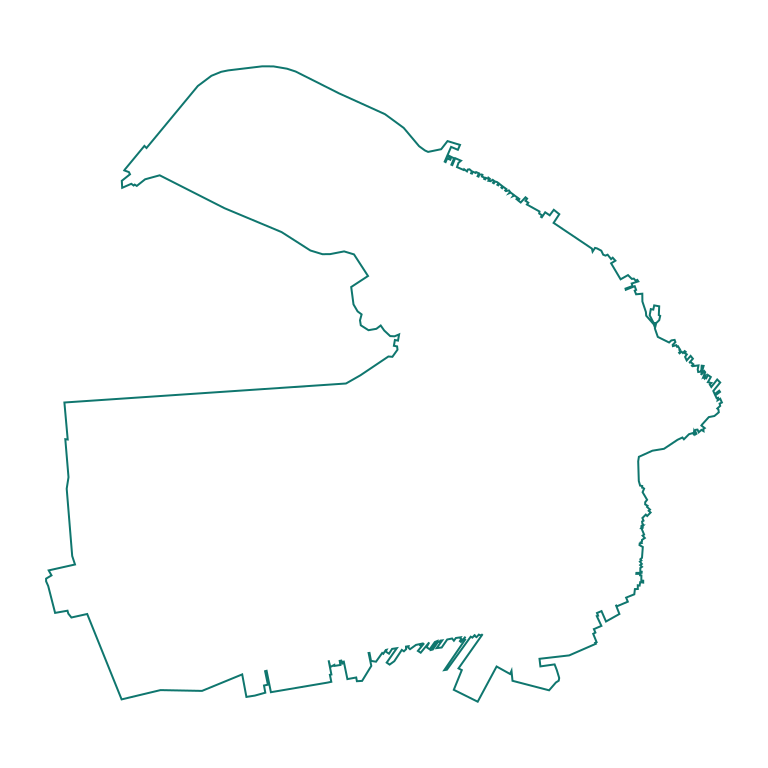 the district of Sector 6, Bucharest, Romania
{"feature_id": "2599482B66456356420035", "entity_name": "Sector 6", "entity_type": "district", "adm_level": 2, "iso_a3": "ROU", "parent_name": "Romania", "parent_adm1": "Bucharest", "projection": "orthographic", "projection_center": [26.035, 44.443], "detail": "fine", "context": "isolated", "style": "outline", "palette": "teal", "viewbox_px": 768, "rotation_deg": 0, "n_neighbors": 0, "source": "geoboundaries", "source_scale": "gbopen_adm2", "svg_char_len": 6101}
<svg xmlns="http://www.w3.org/2000/svg" viewBox="0 0 768 768"><path d="M121.6,699.4L160.5,690.1L202.0,690.9L242.2,674.4L246.4,696.9L254.8,695.6L265.3,692.7L264.0,685.5L267.9,684.7L265.1,671.2L266.6,670.8L270.9,692.2L327.5,682.6L331.3,681.8L329.9,674.8L331.4,674.5L328.6,660.3L330.3,667.0L334.3,664.9L334.4,665.9L340.4,665.0L339.7,660.9L341.3,660.6L342.6,664.5L342.1,662.0L343.8,661.6L347.4,679.1L356.2,677.5L356.9,681.2L362.1,680.9L371.3,665.9L368.6,653.0L369.5,652.9L371.0,660.9L376.0,661.7L382.2,653.0L383.3,653.8L385.8,650.0L386.6,649.8L385.7,651.5L389.0,653.7L392.1,648.9L396.8,648.2L386.7,662.6L389.6,664.6L394.3,661.2L401.8,649.9L403.9,651.3L406.1,649.2L406.0,646.6L408.6,646.2L408.3,647.6L410.0,649.2L416.0,644.9L421.2,643.8L420.2,645.4L420.7,645.8L424.1,643.3L417.9,650.9L420.7,652.7L429.2,642.4L426.6,647.2L429.7,649.3L434.9,642.0L436.6,641.3L431.6,649.8L432.8,649.5L438.3,641.4L439.3,642.1L440.4,640.6L442.2,640.4L436.7,648.1L441.7,647.5L447.2,639.5L452.1,638.5L453.9,640.7L455.9,638.0L460.7,637.3L460.2,638.1L461.3,639.0L459.9,641.1L460.9,641.9L465.5,636.7L463.9,638.9L465.1,639.7L444.3,670.1L446.9,669.7L470.7,636.7L472.4,637.6L475.2,634.5L474.4,635.8L476.5,637.1L479.5,634.0L478.9,634.7L481.1,635.4L482.6,634.2L458.5,668.4L461.8,670.1L453.8,689.8L477.7,701.7L496.6,666.5L510.1,674.0L511.5,670.8L512.5,680.8L549.1,690.3L555.9,682.5L558.7,680.7L559.2,678.0L556.8,670.1L554.6,664.4L540.4,666.4L539.5,658.8L569.2,655.4L595.8,643.8L595.2,642.8L596.6,642.2L593.2,633.8L595.4,632.6L593.9,629.1L601.4,625.9L596.8,616.1L598.1,615.7L597.0,613.0L601.5,611.1L606.0,621.5L619.4,614.0L615.8,604.8L616.9,606.3L627.8,601.7L626.1,597.6L634.3,594.3L634.9,589.1L637.8,589.0L637.8,585.3L639.6,585.6L640.2,582.2L643.2,582.6L643.2,580.7L641.3,580.5L641.4,575.5L640.1,575.3L640.3,573.9L636.3,573.9L636.4,572.9L641.6,572.8L641.7,571.7L640.3,571.5L640.3,568.0L642.0,566.8L640.2,565.1L641.8,563.9L639.9,561.6L641.4,560.5L640.4,559.2L642.0,557.8L642.8,547.0L639.5,545.1L639.7,543.5L641.5,543.1L640.9,542.3L641.9,541.8L642.0,539.9L644.8,538.0L642.6,535.6L644.1,534.6L641.8,529.1L642.4,528.3L641.2,528.2L642.8,526.2L641.4,526.7L641.5,525.8L643.3,524.8L642.3,523.3L642.1,521.5L643.5,520.7L642.4,518.0L645.8,514.6L647.2,516.0L650.6,512.5L648.7,510.8L650.0,509.6L647.0,506.9L647.6,505.8L645.2,504.4L645.2,502.2L647.1,499.8L642.6,492.2L644.1,488.6L642.4,487.4L642.1,488.5L642.2,486.0L640.1,485.6L638.8,481.0L638.2,461.3L638.9,456.8L652.4,450.7L664.0,448.8L677.5,439.8L682.4,437.5L683.9,439.3L689.0,434.2L692.7,433.1L693.7,434.2L694.1,431.2L695.4,434.4L696.4,433.8L694.8,430.3L695.8,429.8L697.5,429.6L698.7,432.3L701.4,429.9L703.5,431.1L703.3,429.1L704.7,428.1L701.4,425.5L702.1,424.5L708.8,417.1L714.4,416.0L718.8,412.3L718.4,409.5L717.3,408.5L720.2,405.9L719.6,403.6L721.9,402.5L720.2,398.7L717.6,400.3L718.0,397.8L716.6,398.1L715.3,395.4L720.0,391.9L719.2,390.7L714.7,394.1L713.3,391.0L720.2,382.5L717.2,379.5L711.3,387.0L709.8,384.5L711.3,383.0L707.9,382.2L710.8,377.0L707.9,375.0L706.3,378.1L705.3,377.2L704.6,378.6L704.0,378.0L705.0,376.0L703.3,377.1L705.2,372.2L704.2,371.0L701.1,374.9L703.6,365.9L701.7,365.7L701.4,370.0L700.2,371.7L698.2,372.0L697.7,369.4L698.5,365.4L692.5,366.2L691.9,365.7L693.3,364.2L690.8,362.2L689.2,362.9L692.9,358.7L690.6,355.9L686.7,360.4L685.1,356.9L686.8,354.4L684.7,353.1L685.7,351.9L684.7,351.1L682.9,353.0L681.5,351.6L679.6,353.3L679.1,352.7L680.4,351.5L679.4,350.0L680.0,349.5L678.0,346.3L677.1,346.8L676.3,345.2L672.9,346.1L672.7,344.8L675.4,342.1L674.6,339.9L671.4,340.4L669.1,342.5L657.8,336.9L654.9,328.5L656.2,323.1L659.2,320.2L660.2,315.9L658.8,315.1L659.2,306.3L654.2,305.4L653.3,309.6L650.8,309.1L649.7,315.3L653.6,322.9L655.3,323.0L654.6,326.6L653.8,324.4L646.2,315.7L645.9,312.0L642.4,301.5L642.3,293.7L636.1,294.3L634.7,290.7L636.1,289.9L634.7,286.2L625.8,289.8L625.5,288.6L632.5,286.0L631.7,283.5L638.3,281.4L637.3,279.9L635.7,280.7L633.8,278.6L631.8,278.9L628.0,275.1L620.6,279.3L611.1,263.3L615.4,260.7L612.7,257.7L611.1,259.1L607.6,254.7L605.5,255.6L603.2,254.7L601.3,250.7L597.0,248.4L595.0,247.9L592.6,251.6L591.9,248.6L553.6,222.9L559.3,214.2L553.8,209.8L549.7,215.3L545.2,212.3L541.8,217.3L541.1,216.9L542.1,215.4L539.2,213.5L539.5,211.5L526.9,204.5L528.3,202.7L525.5,200.8L527.1,198.6L525.5,197.3L520.7,202.5L518.2,200.5L519.3,199.0L518.2,198.2L517.2,199.6L516.5,199.1L517.6,197.7L514.5,195.5L512.9,196.2L513.8,194.9L510.7,192.6L509.0,193.3L510.1,191.9L508.9,190.4L505.9,191.1L505.2,190.5L506.3,189.0L503.2,186.8L502.1,188.2L501.4,187.6L502.4,186.2L499.3,183.8L498.2,185.3L497.4,184.8L498.6,183.2L497.1,182.1L495.2,181.5L493.8,183.3L493.0,182.8L494.2,181.0L492.7,179.8L490.5,181.2L488.5,180.8L489.9,178.9L488.4,177.7L488.0,178.7L485.8,177.9L485.1,179.3L484.2,178.9L484.7,177.8L481.9,176.5L482.5,174.9L481.8,174.5L479.3,174.6L478.5,176.6L477.6,176.2L478.9,173.3L476.1,172.1L475.6,172.9L472.8,171.7L472.0,173.6L471.1,173.3L471.9,171.4L469.5,169.3L467.9,169.5L467.0,171.4L464.1,169.2L463.7,170.0L457.0,167.1L458.5,162.8L461.0,160.7L455.2,158.2L452.3,165.1L451.4,164.7L454.1,158.3L448.6,155.6L448.2,156.6L451.0,157.8L450.3,159.7L447.2,158.5L445.6,162.1L444.7,161.6L451.1,146.9L457.9,149.8L460.0,144.9L447.5,141.1L441.2,149.2L428.1,151.9L425.0,150.5L419.1,146.2L403.7,127.9L385.0,114.2L339.1,93.4L295.6,71.5L287.0,68.7L273.5,66.4L262.4,66.3L228.2,70.4L221.2,71.8L211.4,75.8L197.8,86.0L146.5,148.0L144.4,145.9L124.8,169.6L124.3,170.4L128.9,172.1L130.0,174.3L121.8,180.8L122.2,187.8L131.3,183.8L133.6,185.5L134.7,184.6L136.8,185.9L145.1,179.3L159.7,175.3L224.5,208.2L281.6,232.1L310.4,250.5L322.5,254.2L330.2,254.1L344.1,251.4L354.0,254.4L368.0,276.0L351.2,287.0L353.5,304.4L357.6,311.4L361.6,314.4L360.0,320.3L360.8,325.3L368.5,330.2L376.4,328.8L380.7,325.5L384.2,330.5L390.2,336.1L394.6,336.3L399.1,334.4L398.0,340.6L394.9,340.0L393.9,345.8L397.1,346.4L397.5,349.7L392.4,356.8L388.4,356.5L360.4,375.3L346.0,383.5L64.4,402.5L67.7,439.5L65.3,439.2L68.5,477.2L66.7,488.7L72.2,556.0L75.0,564.5L48.7,570.4L51.5,575.4L46.1,578.6L46.1,581.3L48.2,586.0L55.1,612.9L67.5,610.7L68.3,613.6L71.4,617.5L87.2,614.0L121.6,699.4Z" fill="none" stroke="#0f766e" stroke-width="2"/></svg>